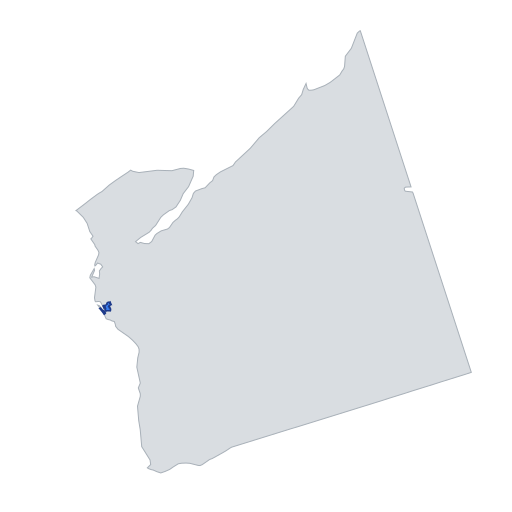 Sidi Salim, Kafr ash Shaykh, Egypt shown in context, rotated 252°
{"feature_id": "37247803B12762735296795", "entity_name": "Sidi Salim", "entity_type": "district", "adm_level": 2, "iso_a3": "EGY", "parent_name": "Egypt", "parent_adm1": "Kafr ash Shaykh", "projection": "robinson", "projection_center": [30.738, 31.367], "detail": "fine", "context": "in_parent", "style": "filled", "palette": "blue", "viewbox_px": 512, "rotation_deg": 252, "n_neighbors": 0, "source": "geoboundaries", "source_scale": "gbopen_adm2", "svg_char_len": 5723}
<svg xmlns="http://www.w3.org/2000/svg" viewBox="0 0 512 512"><g transform="rotate(252 256 256)"><path d="M438.0,424.8L428.1,424.8L418.2,424.8L408.3,424.8L398.4,424.8L388.5,424.8L378.5,424.8L368.6,424.8L358.7,424.8L348.8,424.8L338.9,424.8L329.0,424.8L319.1,424.8L309.2,424.8L299.2,424.8L289.3,424.8L279.4,424.8L273.8,424.8L274.7,421.7L275.3,419.5L274.7,417.9L272.7,417.6L271.5,418.0L268.5,424.6L267.0,424.8L263.4,424.8L251.9,424.8L240.4,424.8L228.8,424.8L217.3,424.8L205.7,424.8L194.2,424.8L182.6,424.8L171.1,424.8L159.6,424.8L148.0,424.8L136.5,424.8L124.9,424.8L113.4,424.8L101.9,424.8L90.3,424.8L78.8,424.8L78.8,416.9L78.9,409.1L79.0,401.2L79.1,393.4L79.1,385.5L79.2,377.7L79.3,369.8L79.4,362.0L79.4,354.1L79.5,346.3L79.6,338.4L79.6,330.6L79.7,322.7L79.8,314.9L79.9,307.1L80.0,299.2L80.1,291.4L80.2,283.5L80.3,275.7L80.4,267.8L80.5,260.0L80.6,252.1L80.7,244.3L80.9,236.4L81.0,228.6L81.1,220.7L81.2,212.9L81.3,205.0L81.4,197.2L81.5,189.3L81.6,181.5L81.7,173.6L81.4,172.2L79.9,166.8L78.5,160.0L76.9,151.7L76.8,149.0L74.2,140.4L74.0,138.0L74.7,136.3L79.3,129.0L80.7,125.5L81.9,121.3L82.4,117.9L81.1,112.6L79.7,107.9L79.2,103.1L79.1,98.4L81.5,95.1L84.2,92.1L85.3,90.2L86.9,88.2L88.1,87.2L90.2,91.4L94.8,92.2L110.0,88.4L126.5,92.2L135.7,93.6L149.8,96.9L158.3,102.6L160.7,103.4L166.9,103.3L170.9,106.7L187.1,108.3L195.7,112.1L200.6,115.1L203.5,116.0L206.1,115.9L209.6,114.7L214.0,112.6L218.9,109.7L228.9,102.1L232.4,100.8L234.7,101.1L237.5,101.0L238.7,99.0L240.2,97.6L241.1,96.0L242.6,94.1L247.8,93.5L258.2,90.3L257.0,91.8L247.6,95.5L251.6,96.0L255.8,94.7L260.5,93.9L261.4,92.3L262.0,89.4L262.9,89.0L266.2,89.5L275.9,94.1L278.3,94.1L285.2,91.7L286.6,91.2L288.9,92.5L294.0,98.2L292.2,98.0L286.7,93.2L286.3,95.6L283.2,99.8L287.1,101.7L290.2,102.4L291.9,104.7L293.0,106.8L296.1,105.9L298.3,103.1L297.1,101.5L296.3,99.8L297.3,99.8L299.5,101.1L305.7,106.6L307.8,107.7L310.2,107.5L315.2,106.0L316.6,106.2L323.3,104.2L324.1,105.7L325.2,107.1L330.6,105.5L339.2,105.5L346.1,103.7L354.2,99.5L354.8,98.8L355.2,99.9L356.2,102.8L358.8,110.2L361.0,116.1L363.7,124.2L364.5,127.3L364.9,129.4L368.8,138.3L371.2,145.7L372.9,151.6L375.3,160.3L376.4,163.3L374.7,164.9L371.5,170.5L368.1,188.4L363.1,202.4L362.6,211.2L361.8,214.4L359.5,218.8L356.6,223.2L351.3,220.9L342.8,213.3L337.8,206.0L332.4,201.3L327.4,195.1L326.0,190.6L326.0,187.7L323.8,180.7L322.2,177.4L316.1,170.0L314.3,166.0L312.9,164.2L311.6,161.7L309.3,152.1L306.9,145.9L304.2,147.6L304.7,150.2L302.3,153.8L300.8,157.9L302.0,161.3L307.0,166.5L308.0,168.7L309.2,173.6L309.0,180.2L309.8,182.5L313.6,187.4L314.9,190.4L315.7,192.9L317.0,195.2L320.7,199.5L326.1,207.6L331.2,213.2L334.9,215.8L336.5,218.5L336.8,225.4L336.6,228.7L339.9,234.8L341.1,238.0L344.2,240.5L345.6,243.4L347.0,248.2L349.1,262.1L351.8,265.6L360.3,284.0L367.5,295.6L371.0,304.3L376.3,314.9L386.7,338.1L392.9,345.3L395.3,349.3L399.8,352.4L404.6,356.9L400.0,356.5L398.9,356.7L397.3,357.5L396.5,360.2L396.2,362.5L396.9,374.2L398.2,380.2L402.3,391.6L405.3,395.0L406.8,397.2L408.9,398.8L418.4,402.7L424.1,410.9L436.7,421.2L438.0,424.1L438.0,424.8Z" fill="#d9dde1" stroke="#a8b0b8" stroke-width="1"/><path d="M254.6,103.3L254.8,103.3L255.1,103.2L255.4,103.2L255.7,103.0L255.9,102.8L256.0,102.8L256.2,103.0L256.4,103.1L256.7,103.1L256.8,103.1L257.0,103.1L256.8,102.8L256.7,102.6L256.6,102.4L256.5,102.2L256.8,102.3L257.0,102.3L257.2,102.1L257.3,102.0L257.6,102.0L257.6,101.9L257.6,101.5L257.6,101.3L257.7,100.9L257.5,100.1L257.4,100.0L257.2,99.8L257.2,99.7L256.9,99.4L256.7,99.4L256.3,99.6L256.2,99.6L256.0,99.1L255.9,98.7L255.8,98.3L255.8,98.0L255.7,97.7L255.7,97.3L255.7,97.0L255.7,96.9L255.9,96.5L255.9,96.4L256.0,96.3L256.0,96.0L256.0,95.9L256.0,95.3L256.0,95.2L255.9,95.1L255.5,95.1L255.5,95.4L255.5,95.5L255.4,95.7L255.2,95.8L255.1,95.7L255.2,95.4L254.9,95.3L254.7,95.3L254.2,95.3L253.9,95.3L254.0,95.4L254.1,95.5L254.3,95.6L254.3,95.8L254.5,95.9L254.6,95.7L254.4,95.6L254.5,95.5L254.6,95.8L254.8,95.9L254.9,96.0L254.8,96.3L254.7,96.3L254.3,96.3L254.3,96.5L254.2,96.6L254.1,96.4L254.0,96.2L254.1,96.3L254.1,96.6L253.9,96.5L253.8,96.4L253.7,96.4L253.6,96.2L253.4,96.1L253.3,95.9L253.2,95.9L252.9,96.0L252.7,96.1L252.6,96.3L252.6,96.5L252.7,96.8L252.4,96.8L252.2,96.7L252.0,96.4L252.0,96.2L251.9,96.2L251.9,95.9L251.7,95.8L251.5,96.0L251.4,96.1L251.2,96.2L251.2,96.3L251.2,96.2L250.9,96.1L250.7,96.2L250.8,95.9L250.7,95.9L250.6,96.0L250.4,96.2L250.4,96.3L250.1,96.4L249.9,96.4L249.9,96.5L250.1,97.0L250.1,97.4L249.9,97.6L249.8,97.8L249.8,98.1L249.7,98.4L249.7,98.5L249.5,98.8L249.4,99.0L249.5,99.6L248.9,100.1L248.8,100.4L248.8,100.5L249.1,100.7L249.2,100.8L249.5,100.9L249.9,101.0L250.1,101.2L250.4,101.2L250.5,101.3L250.9,101.3L251.0,101.3L251.3,101.2L251.6,100.9L251.7,100.7L251.8,100.8L252.0,100.9L252.2,101.2L252.3,101.2L252.4,100.9L252.6,100.7L252.8,100.8L252.9,100.7L253.0,100.5L253.0,100.4L253.2,100.1L253.3,100.0L253.5,100.3L253.9,100.5L254.0,100.7L254.1,100.8L254.1,101.1L254.0,101.3L254.0,101.5L254.2,102.0L254.5,102.5L254.8,102.7L254.8,102.8L254.6,103.3ZM254.3,91.2L254.2,91.3L253.7,91.5L253.2,91.6L252.8,91.8L252.4,92.0L252.2,92.0L251.7,92.3L251.2,92.4L251.0,92.5L250.5,92.7L250.4,92.7L250.1,92.8L249.8,92.9L249.3,93.1L249.2,93.1L248.4,93.4L248.0,93.5L247.5,93.6L247.5,93.8L247.7,94.2L247.8,94.5L248.0,95.0L248.3,95.1L248.5,95.1L248.8,94.9L249.0,94.8L249.1,94.7L249.3,94.6L249.5,94.6L249.9,94.7L250.0,94.7L250.4,94.4L250.5,94.3L250.8,94.2L251.0,94.1L251.3,93.8L251.4,93.7L251.6,93.5L251.6,93.3L251.6,93.2L251.8,93.1L252.0,93.0L252.1,92.9L252.2,93.0L252.3,92.9L252.5,92.9L252.8,92.7L253.0,92.6L253.3,92.5L253.6,92.5L253.6,92.4L253.7,92.5L253.8,92.5L253.9,92.4L253.9,92.2L254.0,92.2L254.3,92.0L254.5,92.0L254.7,91.9L254.6,91.7L254.4,91.5L254.3,91.2Z" fill="#3b82f6" stroke="#1e3a8a" stroke-width="1.5"/></g></svg>